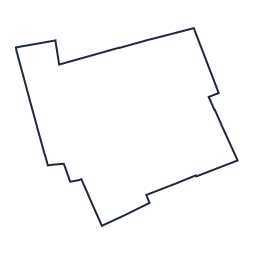 outline of Gemenele, Braila, Romania, rotated 177°
{"feature_id": "2599482B65666711084077", "entity_name": "Gemenele", "entity_type": "district", "adm_level": 2, "iso_a3": "ROU", "parent_name": "Romania", "parent_adm1": "Braila", "projection": "mercator", "projection_center": [27.647, 45.284], "detail": "fine", "context": "isolated", "style": "outline", "palette": "slate", "viewbox_px": 256, "rotation_deg": 177, "n_neighbors": 0, "source": "geoboundaries", "source_scale": "gbopen_adm2", "svg_char_len": 1014}
<svg xmlns="http://www.w3.org/2000/svg" viewBox="0 0 256 256"><g transform="rotate(177 128 128)"><path d="M195.9,219.3L196.3,219.2L205.1,218.1L218.5,216.4L227.1,215.4L235.7,214.3L235.4,211.8L235.1,209.3L234.8,208.6L234.2,205.5L231.8,194.5L227.8,175.9L223.9,157.5L223.5,155.6L221.3,145.7L220.6,142.5L218.5,132.6L212.4,105.1L212.2,105.1L211.7,102.8L211.0,99.5L210.5,97.1L210.2,95.9L210.1,95.2L210.1,94.9L202.4,95.4L201.3,95.4L194.0,95.6L192.9,92.1L192.1,89.5L188.6,77.4L180.1,78.4L177.3,79.4L170.7,62.0L170.3,60.7L159.2,31.7L134.9,41.5L110.4,52.1L113.2,60.2L93.7,66.6L80.6,70.9L80.6,71.0L62.8,77.1L62.3,76.1L36.0,84.7L20.3,89.8L20.5,90.5L24.1,99.7L31.2,117.7L32.7,121.5L34.6,126.2L34.6,126.5L40.3,141.5L40.7,141.4L43.1,147.8L45.7,154.4L45.8,154.8L35.6,158.2L44.2,184.7L47.6,195.2L57.1,224.3L66.2,222.4L86.3,218.3L101.3,215.3L103.1,215.0L105.7,214.4L125.2,210.0L132.5,208.4L132.6,208.6L139.2,207.2L152.2,204.2L165.2,201.3L193.4,195.0L195.9,218.7L195.9,219.3Z" fill="none" stroke="#1e293b" stroke-width="2"/></g></svg>